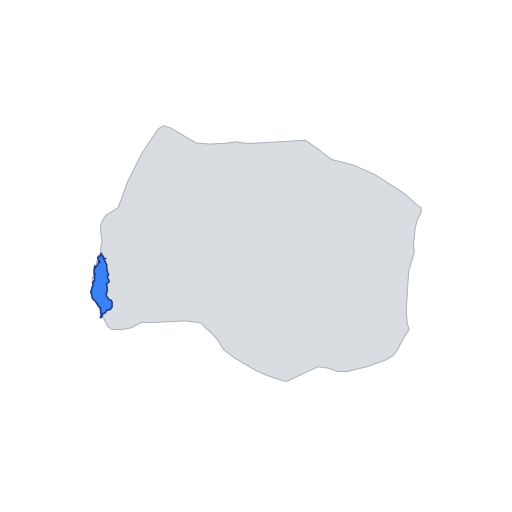 Mjanyane, Quthing, Lesotho (highlighted), rotated 55°
{"feature_id": "5366337B93918121901392", "entity_name": "Mjanyane", "entity_type": "district", "adm_level": 2, "iso_a3": "LSO", "parent_name": "Lesotho", "parent_adm1": "Quthing", "projection": "mercator", "projection_center": [27.716, -30.528], "detail": "fine", "context": "in_parent", "style": "filled", "palette": "blue", "viewbox_px": 512, "rotation_deg": 55, "n_neighbors": 0, "source": "geoboundaries", "source_scale": "gbopen_adm2", "svg_char_len": 6238}
<svg xmlns="http://www.w3.org/2000/svg" viewBox="0 0 512 512"><g transform="rotate(55 256 256)"><path d="M326.7,332.2L314.3,336.1L312.6,336.4L304.7,335.5L294.1,336.5L285.8,338.6L279.4,339.4L268.9,350.7L249.8,381.0L244.7,387.4L243.3,399.4L238.9,408.8L233.5,416.2L228.2,418.0L212.2,415.1L191.9,411.3L180.0,402.1L169.4,390.0L163.9,381.3L158.1,376.5L156.1,373.8L147.8,369.7L144.6,367.6L141.9,366.1L138.5,360.3L136.6,355.2L137.3,341.2L131.5,332.8L121.5,318.5L115.2,306.8L106.5,290.8L101.2,277.1L95.7,263.0L96.4,256.9L101.7,252.8L117.1,245.7L129.0,240.2L137.5,230.1L146.9,215.1L151.4,206.1L155.9,202.0L160.9,195.6L169.5,181.6L179.2,166.0L189.4,149.2L202.4,144.4L220.2,138.8L237.2,124.2L257.6,111.9L290.3,98.5L305.6,95.1L311.4,93.2L315.1,95.7L319.0,103.4L324.6,109.7L337.5,120.9L343.0,123.6L356.4,140.0L370.7,151.4L387.1,164.4L398.3,170.9L404.0,172.7L408.8,184.3L413.5,192.9L416.3,200.9L415.7,208.8L410.5,228.0L402.9,247.7L396.9,255.9L389.5,261.0L382.2,268.8L379.4,284.6L376.2,303.2L366.7,310.9L359.3,316.0L349.2,322.1L326.7,332.2Z" fill="#d9dde1" stroke="#a8b0b8" stroke-width="1"/><path d="M168.7,381.3L168.2,381.6L167.4,381.6L166.7,381.8L166.3,381.8L165.9,381.7L165.7,381.3L165.7,381.2L165.3,381.0L165.2,381.3L165.4,381.9L165.5,382.2L165.7,382.4L165.9,382.5L166.1,382.6L166.2,382.8L166.1,383.0L166.4,383.3L166.6,383.4L166.9,383.8L167.0,384.2L167.0,384.3L166.9,384.4L166.5,384.4L166.3,384.6L166.2,384.7L166.0,384.8L166.0,385.2L166.2,385.4L166.2,385.5L166.4,386.0L166.4,386.6L166.8,386.9L167.1,387.1L167.6,387.1L168.4,387.2L168.8,387.2L169.2,387.4L169.4,387.4L169.7,387.4L169.8,387.5L170.1,387.4L170.6,387.2L170.8,386.9L171.1,386.9L171.3,387.0L171.5,387.3L171.0,388.0L170.8,388.2L170.6,388.3L170.5,388.6L170.8,388.7L171.0,388.6L171.4,388.7L171.5,389.4L171.8,389.9L171.9,390.0L172.0,390.4L172.0,390.5L172.1,390.8L172.4,391.2L172.5,391.3L172.7,391.6L172.9,391.8L172.8,392.9L172.9,393.2L172.9,393.4L172.9,393.5L172.5,394.0L171.8,394.1L172.1,394.5L172.6,394.9L172.9,394.9L173.2,394.8L173.5,394.4L173.7,394.5L173.7,394.8L173.8,394.9L173.8,395.0L173.9,395.3L173.7,395.6L173.7,395.8L173.8,395.9L173.8,396.1L174.1,396.4L174.3,396.5L174.8,396.9L175.1,397.0L175.7,397.4L175.9,397.4L176.0,397.6L176.0,397.8L176.7,398.1L177.0,398.0L177.1,398.4L177.1,398.5L177.8,398.2L178.1,398.1L178.3,398.2L178.5,398.4L178.8,398.5L178.7,398.8L178.7,399.0L178.8,399.1L179.2,399.1L179.6,399.3L179.9,399.7L180.4,400.1L180.5,400.5L180.7,401.0L180.8,401.1L181.2,400.8L181.4,400.9L181.6,400.9L181.8,400.9L182.3,401.2L182.5,401.5L183.1,401.8L183.3,401.9L183.4,402.3L183.6,402.5L183.4,402.9L183.4,403.1L184.0,403.4L184.1,403.6L184.2,403.8L183.9,404.0L183.7,404.3L183.8,404.7L183.8,404.9L183.9,405.0L184.2,405.0L184.6,405.1L184.8,405.4L184.9,405.6L185.0,405.7L185.6,405.8L186.2,406.1L186.3,406.2L186.7,406.2L186.9,406.4L187.1,406.8L187.2,407.1L187.3,407.3L187.3,407.5L187.3,407.9L187.4,408.0L187.6,408.1L187.8,408.2L188.0,408.8L188.4,409.1L188.5,409.3L188.6,409.5L189.0,409.6L189.2,409.8L189.3,410.0L189.6,410.3L189.8,410.8L190.1,411.1L190.0,411.4L190.0,411.5L190.3,411.8L190.8,412.1L191.2,412.3L191.4,412.3L191.6,412.2L191.7,412.3L191.9,412.2L192.0,412.2L192.1,412.3L192.4,412.4L192.5,412.3L192.8,412.6L193.0,412.7L193.2,412.8L193.4,413.0L193.7,413.0L193.8,413.1L194.0,413.2L194.4,413.2L194.5,413.4L194.7,413.5L194.9,413.5L195.1,413.6L195.3,413.8L195.8,414.0L196.1,414.1L196.4,414.2L196.6,414.3L196.8,414.2L197.1,414.1L197.4,414.2L197.6,414.2L197.7,414.3L197.8,414.2L198.0,414.1L198.6,413.9L198.8,413.8L199.1,413.8L199.4,413.9L199.5,413.8L200.0,413.8L200.4,413.8L200.5,413.7L200.8,413.7L201.1,413.7L201.3,413.6L201.7,413.7L201.8,413.6L202.2,413.6L202.4,413.5L202.6,413.5L202.8,413.6L203.0,413.5L203.4,413.7L203.5,413.6L203.8,413.6L204.1,413.6L204.4,413.7L204.5,413.6L204.8,413.6L205.0,413.7L205.1,413.8L205.3,413.8L205.7,413.8L205.9,413.8L205.9,413.7L206.1,413.6L206.3,413.6L206.5,413.5L206.8,413.6L207.1,413.6L207.4,413.5L207.6,413.6L207.8,413.6L208.1,413.4L208.3,413.5L208.6,413.4L208.8,413.4L209.0,413.4L209.3,413.4L209.4,413.2L209.5,413.2L209.9,413.3L210.1,413.5L210.5,413.6L210.7,413.8L210.9,414.1L211.3,414.5L211.6,414.5L212.4,415.1L213.1,415.4L213.4,415.9L213.7,416.1L214.2,416.2L215.3,416.2L215.3,416.4L215.5,416.7L215.7,416.9L216.2,417.2L216.4,417.5L216.6,417.9L216.8,418.4L216.9,418.8L217.0,418.8L217.6,418.4L217.7,417.6L217.4,417.4L217.2,417.0L216.7,416.6L216.6,415.8L216.5,415.6L216.1,415.3L215.8,415.1L215.3,414.9L215.2,414.7L215.7,413.7L216.0,413.2L216.0,411.9L215.9,411.5L215.6,410.9L215.5,410.5L215.2,410.2L214.5,409.0L214.8,408.8L215.1,408.8L215.5,408.5L215.7,408.0L215.7,407.2L216.0,406.5L216.2,406.3L216.0,406.0L216.0,405.4L215.7,404.8L215.7,404.3L215.4,403.9L215.2,403.2L214.6,402.7L214.2,402.2L213.8,402.1L212.5,401.4L212.1,400.9L211.8,400.5L211.3,400.4L210.8,400.2L210.5,400.2L210.2,400.1L209.8,400.1L209.2,400.1L208.9,400.2L208.5,400.8L208.1,401.1L206.5,401.3L206.1,401.5L205.7,401.4L205.0,401.3L204.3,401.3L203.9,401.5L203.6,401.5L202.9,401.4L202.6,401.3L202.4,401.3L202.0,400.9L201.8,400.5L201.6,400.4L201.1,400.2L200.5,400.1L200.3,399.4L199.8,398.3L199.6,398.1L199.1,397.6L198.7,397.6L198.4,397.4L197.6,396.8L197.3,396.4L196.4,396.1L196.0,395.7L195.2,395.4L194.3,395.0L194.1,395.0L193.9,394.9L193.1,394.7L193.0,394.1L193.2,393.8L193.1,393.5L193.0,393.1L193.1,392.9L193.0,391.8L193.0,391.3L192.9,391.1L192.7,391.0L192.7,390.9L191.5,390.4L191.4,390.5L190.7,390.4L189.5,390.0L189.0,389.9L188.3,389.9L187.6,389.8L187.3,389.6L187.1,389.3L187.0,389.0L187.0,388.7L187.2,388.4L187.3,388.1L187.2,387.9L187.1,387.7L186.7,387.5L186.4,387.3L185.7,387.2L184.9,387.1L183.2,386.5L182.9,386.3L182.2,386.2L181.5,385.8L181.1,385.6L180.8,385.3L180.4,385.2L180.1,385.1L179.8,384.9L179.5,384.4L179.1,384.2L178.5,384.0L178.3,383.9L178.2,383.6L178.1,383.3L178.3,383.2L177.8,383.3L176.7,383.2L176.0,383.2L175.6,383.1L175.2,383.1L174.9,382.9L174.6,382.7L174.3,382.7L173.6,382.8L173.4,382.7L172.8,382.5L172.3,382.6L172.3,382.4L172.0,382.3L171.7,382.0L171.6,381.6L171.5,381.4L171.4,381.2L171.5,380.9L171.3,381.0L171.2,381.0L170.7,381.9L170.6,382.2L170.6,382.6L170.3,382.5L170.2,382.5L170.0,382.4L169.9,382.3L169.6,382.2L169.5,382.3L169.3,382.1L169.0,381.9L168.9,381.8L168.8,381.7L168.7,381.5L168.8,381.5L168.7,381.3Z" fill="#3b82f6" stroke="#1e3a8a" stroke-width="1.5"/></g></svg>